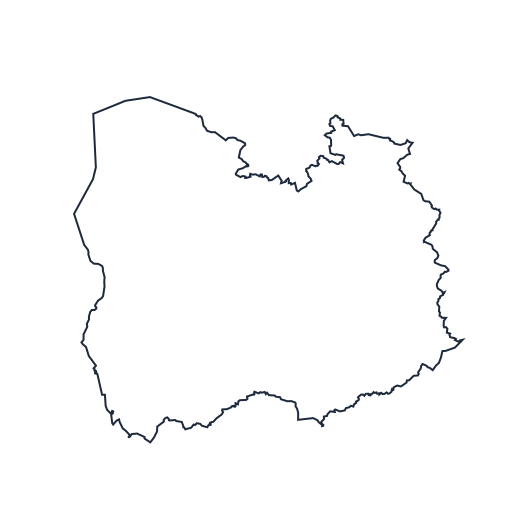 the district of Newport Lea-4, North Tipperary, Ireland, rotated 347°
{"feature_id": "5873133B73905952621151", "entity_name": "Newport Lea-4", "entity_type": "district", "adm_level": 2, "iso_a3": "IRL", "parent_name": "Ireland", "parent_adm1": "North Tipperary", "projection": "albers", "projection_center": [-8.21, 52.789], "detail": "fine", "context": "isolated", "style": "outline", "palette": "slate", "viewbox_px": 512, "rotation_deg": 347, "n_neighbors": 0, "source": "geoboundaries", "source_scale": "gbopen_adm2", "svg_char_len": 6092}
<svg xmlns="http://www.w3.org/2000/svg" viewBox="0 0 512 512"><g transform="rotate(347 256 256)"><path d="M429.4,177.1L427.2,179.8L421.7,180.3L416.1,177.6L416.1,176.6L414.9,175.1L412.6,173.5L413.0,172.1L412.3,172.0L411.8,170.6L406.7,169.5L392.9,162.6L385.6,162.0L383.0,160.4L378.6,161.2L374.8,150.2L369.6,148.5L369.7,147.1L371.1,146.8L371.6,143.0L368.8,142.2L369.1,141.0L366.7,139.2L367.1,138.4L366.6,137.7L365.1,136.9L362.6,138.5L359.7,139.2L358.7,140.7L358.3,143.5L357.2,143.9L357.4,145.9L359.9,146.9L361.1,151.1L357.2,151.7L357.1,152.9L352.2,152.6L350.2,153.8L352.5,156.5L354.5,157.3L355.2,159.6L354.2,164.8L353.7,165.7L352.2,165.6L351.7,172.6L356.2,175.4L357.0,174.9L363.8,177.9L363.9,180.2L361.5,181.7L361.6,185.3L359.2,183.4L357.2,184.9L355.8,184.6L351.2,180.6L348.7,181.3L347.8,178.6L346.8,178.3L346.6,177.1L344.1,175.5L344.0,173.9L341.7,172.9L339.6,173.7L339.8,175.2L337.1,177.0L337.4,179.0L337.0,179.3L338.0,180.6L336.3,182.0L335.2,181.5L334.2,182.0L330.9,179.7L329.2,180.3L328.1,181.9L324.5,182.5L324.0,184.6L324.6,185.1L325.2,188.0L325.0,190.1L326.7,193.0L327.0,195.3L322.0,197.1L320.8,199.3L314.6,201.0L311.8,202.6L310.5,201.4L310.4,193.5L306.4,194.3L306.3,192.7L304.3,192.4L305.2,189.0L304.9,187.7L302.2,189.0L301.8,189.3L302.1,190.0L301.5,190.3L296.7,190.7L297.9,188.4L295.8,182.6L288.5,185.5L285.5,185.2L285.4,182.6L284.4,181.9L284.2,180.6L282.6,179.9L282.3,180.5L280.1,180.5L279.8,180.3L280.1,178.0L279.2,177.6L278.8,177.5L277.6,179.3L274.0,176.3L270.7,175.9L269.0,174.6L268.2,176.1L268.5,177.5L263.6,177.8L263.0,177.5L263.6,176.3L262.9,175.8L260.9,175.1L258.6,175.6L255.0,172.5L254.7,171.4L258.1,167.8L262.9,167.5L266.8,166.1L267.1,166.7L268.6,166.7L269.0,165.6L268.4,164.6L267.9,164.6L266.9,162.5L264.8,160.7L263.9,158.4L261.4,156.2L264.6,149.3L268.4,146.3L270.4,145.6L270.7,143.7L266.8,140.2L264.0,138.8L262.9,136.7L260.6,135.5L255.5,134.7L252.6,136.5L243.9,126.1L240.5,125.4L236.5,123.0L235.6,120.0L234.1,117.3L234.4,111.2L234.1,108.6L233.0,107.0L231.4,107.3L229.2,105.0L229.5,104.6L228.7,103.7L188.4,77.3L163.6,75.4L129.4,80.9L119.9,133.6L114.5,144.4L88.2,174.0L91.1,206.5L93.6,212.0L93.7,214.2L93.0,217.1L93.6,223.5L96.3,227.0L100.5,228.2L103.8,231.1L104.1,233.4L103.5,235.9L103.7,242.6L102.3,247.1L101.6,251.5L98.0,260.6L96.3,262.2L92.0,264.0L88.2,267.7L88.0,268.8L88.9,270.2L88.5,271.3L86.5,272.3L83.9,271.7L81.9,273.2L79.6,277.4L79.0,280.3L75.9,284.1L75.7,287.0L70.4,293.5L69.1,298.9L66.5,300.9L67.3,302.9L69.9,306.4L70.6,315.8L75.4,326.9L72.5,328.9L73.3,330.0L72.8,331.1L74.2,332.0L74.2,332.9L73.1,333.0L72.8,334.2L74.7,334.9L74.9,336.2L74.8,356.6L77.6,357.2L75.8,368.2L76.3,372.3L79.1,377.0L81.0,374.6L81.9,375.3L80.9,376.5L81.2,376.9L79.2,378.2L78.3,386.3L78.9,388.1L83.0,385.1L85.8,384.4L85.8,387.0L87.4,394.1L89.8,397.0L92.4,401.5L92.3,402.8L90.6,404.1L92.6,403.6L94.7,401.6L100.1,402.2L106.7,407.3L106.3,408.4L106.7,409.2L111.1,413.8L115.7,410.0L120.1,404.7L121.4,400.0L129.0,396.6L129.2,395.0L130.8,393.7L133.1,393.2L134.4,395.1L134.2,396.4L134.7,396.8L140.5,397.7L141.2,398.9L146.3,401.0L146.9,404.9L146.7,406.6L147.6,407.0L148.1,409.0L154.3,408.7L157.3,406.2L158.7,407.0L160.7,405.6L163.9,407.0L165.1,409.2L170.0,411.9L171.7,410.1L173.8,410.3L174.0,409.5L173.3,408.7L173.9,408.0L177.2,407.9L180.9,405.3L187.1,402.6L188.8,400.8L188.2,398.9L188.7,397.9L193.2,398.7L197.3,398.0L198.8,396.9L200.9,397.8L200.7,397.1L202.3,397.5L203.0,394.8L205.0,396.5L206.3,393.5L207.9,392.9L214.1,394.0L215.6,393.2L215.6,390.9L221.6,390.3L222.8,390.7L223.4,390.3L223.3,389.1L223.9,387.9L227.8,390.5L229.6,389.6L230.8,390.5L233.9,390.4L234.5,392.8L236.0,391.7L237.3,394.5L242.8,396.1L243.6,397.5L247.7,399.0L248.1,401.2L253.8,404.5L257.9,405.4L261.3,407.6L261.5,409.0L260.7,411.1L261.7,414.1L261.8,418.3L260.2,425.1L275.2,426.8L279.1,430.0L279.6,431.8L282.6,435.8L282.2,436.6L283.2,436.6L283.6,435.8L282.5,434.5L282.4,432.2L285.6,430.2L286.0,427.7L289.2,427.8L290.1,426.2L293.4,424.0L297.7,425.7L297.6,423.9L298.7,423.4L302.8,426.3L307.8,426.4L309.4,424.4L312.6,424.4L314.8,423.3L317.0,424.6L318.0,422.7L320.6,421.6L320.4,420.8L321.2,420.1L323.2,419.8L324.1,418.6L323.6,416.6L327.1,414.7L329.2,415.1L330.1,416.6L332.0,415.0L334.6,415.5L335.8,416.5L335.0,417.1L336.2,417.6L337.1,416.4L338.3,416.4L339.9,415.1L340.8,416.1L342.7,416.0L343.1,417.5L345.4,417.5L345.1,418.7L347.4,417.6L348.2,418.9L350.1,419.3L352.6,418.3L353.6,419.9L354.5,420.1L357.3,418.9L358.5,416.5L359.2,417.5L359.9,417.2L360.3,415.2L361.4,414.7L364.5,414.0L367.9,415.7L374.2,413.2L375.0,411.2L377.1,411.6L382.7,408.2L387.0,408.8L388.0,407.5L387.7,406.0L388.1,405.5L391.2,402.7L392.2,400.3L394.0,398.7L397.6,401.4L398.2,403.0L400.1,404.0L402.5,407.0L406.6,403.3L410.1,401.4L413.4,396.5L416.2,390.6L419.6,391.1L429.2,390.0L438.5,384.1L435.6,384.1L434.2,385.2L430.9,382.6L432.1,381.7L431.0,380.7L426.9,378.8L426.8,376.2L427.7,375.3L424.7,373.6L426.1,370.0L425.2,368.1L423.2,367.8L423.1,366.3L424.4,361.5L427.2,359.0L423.2,358.0L422.8,356.8L421.4,355.6L422.5,352.4L421.8,351.2L423.2,346.6L421.9,343.6L422.1,342.3L423.7,340.7L423.9,339.2L425.8,338.3L426.4,336.7L429.5,336.0L429.6,334.2L430.8,334.6L431.5,333.7L430.0,334.1L428.7,331.3L425.9,328.7L425.5,326.1L425.9,324.1L428.7,320.4L431.1,318.8L431.4,316.6L432.0,315.7L434.6,315.2L436.4,313.8L437.6,314.3L440.3,313.6L440.4,312.5L438.0,308.5L434.1,306.7L428.9,302.8L428.8,301.3L429.4,300.2L432.4,298.7L433.8,296.7L433.2,293.1L429.9,288.8L430.1,286.0L429.4,284.5L423.6,280.2L422.9,280.2L423.3,279.5L422.9,278.7L425.3,276.3L430.1,274.8L430.0,273.5L430.7,272.2L431.8,271.7L432.5,270.5L433.8,270.7L434.0,269.7L438.9,264.8L439.2,263.1L441.4,261.5L442.2,261.7L442.3,260.7L443.5,259.9L444.0,257.3L445.5,255.3L444.6,253.2L445.0,252.1L442.6,251.5L441.7,250.2L440.3,250.5L438.3,248.3L438.1,247.3L438.8,246.5L437.0,242.0L433.3,240.8L431.7,239.3L431.0,232.7L425.2,226.8L422.4,220.7L422.8,220.2L421.9,220.2L421.2,219.1L420.0,219.4L416.5,216.9L419.3,211.3L417.5,208.6L416.7,206.0L415.0,204.1L416.3,202.8L416.5,201.6L414.8,197.4L418.3,194.1L421.5,193.8L426.2,191.3L429.0,191.2L428.6,185.5L434.0,180.9L431.1,179.6L429.4,177.1Z" fill="none" stroke="#1e293b" stroke-width="2"/></g></svg>